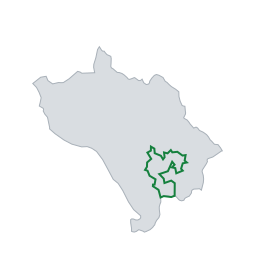 Sofia highlighted on a map of Bulgaria, rotated 231°
{"feature_id": "BGR-2244", "entity_name": "Sofia", "entity_type": "Province", "adm_level": 1, "iso_a3": "BGR", "parent_name": "Bulgaria", "parent_adm1": "", "projection": "orthographic", "projection_center": [23.554, 42.64], "detail": "coarse", "context": "in_parent", "style": "outline", "palette": "green", "viewbox_px": 256, "rotation_deg": 231, "n_neighbors": 0, "source": "natural_earth", "source_scale": "10m", "svg_char_len": 2750}
<svg xmlns="http://www.w3.org/2000/svg" viewBox="0 0 256 256"><g transform="rotate(231 128 128)"><path d="M209.2,156.9L205.0,156.4L203.6,156.7L202.7,157.8L200.7,157.7L198.3,157.8L195.8,159.1L194.5,159.7L192.6,158.7L189.0,155.6L186.7,153.4L185.2,152.9L183.6,153.6L178.0,154.6L176.7,156.0L174.2,157.6L171.6,158.4L167.9,159.0L165.9,159.0L164.8,159.8L164.0,161.9L163.4,164.0L162.9,164.9L158.2,166.1L157.2,167.3L157.0,168.5L157.1,169.7L153.3,168.7L150.4,169.5L149.8,170.4L149.2,171.7L149.6,173.1L150.7,174.4L151.8,178.0L152.3,181.6L151.7,183.7L149.6,185.2L145.2,187.0L140.8,186.3L138.9,187.0L135.7,187.3L132.8,187.8L128.2,189.4L124.2,190.3L120.4,187.4L116.0,185.4L111.4,184.2L109.8,185.2L109.1,185.9L105.2,183.3L103.5,182.3L102.6,181.3L101.0,177.8L100.1,177.7L96.9,179.0L93.9,179.0L92.0,178.8L86.6,179.0L85.9,181.4L85.2,181.8L84.0,182.1L81.1,182.0L77.4,183.8L73.4,184.9L70.3,184.9L67.1,184.4L65.2,184.7L61.0,184.9L58.4,187.5L54.3,187.4L50.9,186.9L51.3,186.1L52.1,175.7L53.8,171.0L53.7,170.1L53.4,169.3L51.9,168.6L50.8,166.1L48.6,159.4L47.4,158.1L43.9,156.7L40.8,154.7L38.2,152.2L33.5,145.9L35.9,145.3L36.7,144.0L39.1,140.7L39.4,139.0L39.2,138.0L37.6,136.4L36.5,132.8L37.4,129.4L37.5,127.7L36.7,126.0L37.6,123.9L39.3,122.7L40.4,122.4L44.9,122.2L47.8,118.0L49.6,116.6L51.4,114.3L52.2,113.4L53.0,111.5L53.3,109.6L49.8,106.9L48.6,104.8L47.0,102.6L44.9,101.0L40.6,98.3L38.9,95.6L38.2,92.1L37.1,89.5L35.9,87.8L35.7,86.4L35.2,84.6L35.1,81.2L36.2,76.8L36.8,75.2L38.3,74.8L42.2,72.4L42.4,69.4L43.1,67.5L44.3,66.4L45.5,65.7L47.6,67.5L52.6,70.4L55.1,72.4L55.0,73.7L53.8,75.0L51.6,76.2L50.3,77.8L49.9,79.9L50.2,81.3L51.8,82.6L61.0,81.0L70.3,81.9L82.8,84.6L91.2,85.5L97.3,84.2L108.7,86.4L119.4,88.4L129.6,88.8L135.2,87.0L139.2,84.6L142.5,80.1L150.8,74.2L158.9,70.7L169.5,67.7L176.6,66.5L177.7,67.4L187.0,72.2L191.1,72.1L194.5,72.8L195.7,74.2L196.6,74.5L200.9,72.9L203.0,75.7L206.2,79.6L211.5,81.3L216.2,82.3L217.6,82.4L222.5,82.0L222.4,92.1L219.7,96.9L215.2,95.6L209.7,97.2L207.0,102.7L205.4,104.4L204.0,106.3L203.3,113.2L203.7,124.5L201.6,126.0L199.6,126.6L191.9,136.9L196.8,139.5L199.0,141.5L202.8,147.2L208.1,153.7L209.2,156.9Z" fill="#d9dde1" stroke="#a8b0b8" stroke-width="1"/><path d="M46.0,121.6L47.1,118.2L52.6,112.9L53.5,109.6L60.7,112.8L67.1,110.7L68.3,111.8L67.3,113.0L70.8,117.1L77.3,114.7L82.5,116.3L84.7,114.9L85.9,118.3L89.2,121.2L89.4,126.6L96.7,127.6L96.0,131.5L99.1,134.1L95.4,135.5L91.6,132.9L85.7,136.1L81.6,135.5L82.2,138.0L86.3,140.6L83.4,142.8L83.9,147.4L81.2,147.1L78.4,151.4L72.3,153.0L70.7,155.7L67.0,151.5L64.2,152.0L66.1,148.3L62.9,143.6L60.4,143.7L62.4,137.0L67.1,139.5L69.7,137.4L70.2,141.1L74.0,141.1L69.3,131.8L72.5,123.3L66.2,123.9L62.3,121.7L59.9,128.5L55.7,129.6L46.0,121.6Z" fill="none" stroke="#15803d" stroke-width="2"/></g></svg>